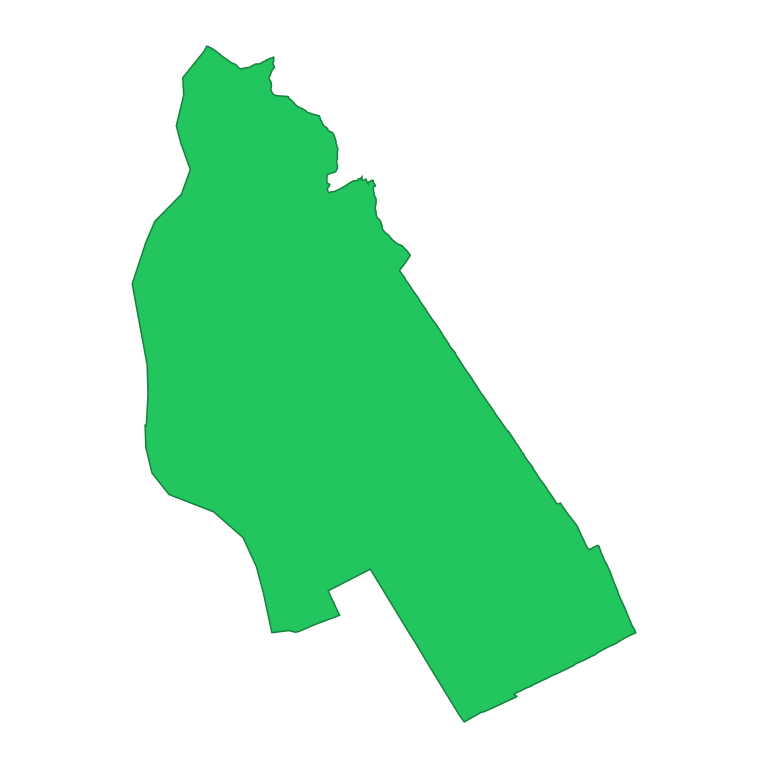 Banesti, Prahova, Romania (Albers equal-area conic projection)
{"feature_id": "2599482B67789430920031", "entity_name": "Banesti", "entity_type": "district", "adm_level": 2, "iso_a3": "ROU", "parent_name": "Romania", "parent_adm1": "Prahova", "projection": "albers", "projection_center": [25.79, 45.09], "detail": "fine", "context": "isolated", "style": "filled", "palette": "green", "viewbox_px": 768, "rotation_deg": 0, "n_neighbors": 0, "source": "geoboundaries", "source_scale": "gbopen_adm2", "svg_char_len": 6007}
<svg xmlns="http://www.w3.org/2000/svg" viewBox="0 0 768 768"><path d="M464.3,721.9L482.0,711.9L482.5,712.2L484.4,711.6L485.9,710.8L486.7,710.6L487.9,710.1L516.8,696.7L516.9,696.4L516.7,696.3L515.2,695.3L514.1,694.3L516.1,693.0L520.6,691.0L522.4,689.9L525.9,688.2L528.6,687.2L530.0,686.6L531.4,685.9L533.0,684.9L539.9,681.6L540.9,681.1L547.4,678.1L550.7,676.3L553.3,675.1L556.8,673.7L562.9,670.7L567.7,668.6L570.0,667.3L573.4,665.6L576.4,663.5L583.6,660.4L590.9,656.7L591.1,656.4L591.7,656.1L593.0,655.8L594.0,655.3L597.4,653.0L600.7,650.9L609.6,646.2L615.8,643.6L616.7,643.0L619.0,641.5L624.3,638.3L627.1,636.8L630.4,635.2L635.8,632.8L635.3,631.3L634.6,629.8L634.0,628.7L632.5,626.4L631.4,624.2L630.4,621.3L629.8,620.3L624.7,607.6L619.3,596.0L618.6,594.3L618.0,592.1L617.3,590.2L616.7,588.6L616.1,587.4L615.1,584.9L612.8,579.2L612.3,578.0L611.6,575.5L609.9,571.1L609.3,570.1L607.5,565.9L606.7,564.3L605.1,561.6L604.5,560.4L601.3,552.8L599.1,546.7L598.8,546.0L598.6,545.8L598.2,545.5L597.8,545.4L597.0,545.6L593.3,547.4L590.5,549.0L590.0,549.2L588.9,549.3L588.3,549.0L587.8,548.4L587.4,547.8L585.7,544.5L584.2,541.3L583.5,539.4L582.7,538.0L581.4,535.4L577.9,527.7L577.0,525.9L576.4,524.9L571.3,518.3L569.3,515.9L562.0,505.7L561.4,504.5L560.5,503.1L558.4,503.7L557.3,503.8L556.9,503.6L556.3,502.9L553.3,498.0L549.2,492.3L547.6,490.0L546.5,487.9L542.2,482.0L540.6,480.0L538.6,477.1L533.2,468.6L533.1,468.2L532.5,466.9L531.8,465.9L529.7,463.3L525.3,457.4L524.5,456.0L524.1,454.9L523.4,453.6L522.5,452.8L522.0,452.2L521.5,451.1L508.3,431.0L507.7,431.5L505.9,428.6L503.7,425.5L495.5,413.9L493.7,410.9L489.0,404.1L486.6,400.9L485.6,399.4L483.7,396.3L481.0,393.0L477.6,387.5L473.1,380.6L471.7,378.2L466.5,370.9L464.8,368.5L462.4,364.7L460.6,362.1L459.8,360.5L458.1,358.0L456.9,356.4L455.8,354.4L454.9,352.3L450.3,346.9L449.7,346.1L448.8,343.9L444.9,338.1L444.2,337.2L443.0,335.1L441.9,333.4L440.8,331.4L439.8,329.9L438.9,328.7L435.8,324.0L431.2,317.8L429.6,315.5L424.9,308.0L423.1,305.7L421.8,303.7L420.2,301.4L418.2,297.9L416.8,295.9L415.8,294.4L413.5,291.4L408.3,283.4L406.4,280.9L404.2,276.9L402.0,274.2L399.5,270.5L405.1,263.2L410.3,255.4L409.9,254.7L407.4,251.3L403.7,247.6L402.7,246.3L401.7,245.6L400.5,245.0L398.5,244.3L397.4,243.7L395.7,242.5L392.5,239.8L391.1,238.4L389.9,237.0L389.4,236.2L388.6,235.2L387.6,234.2L385.9,233.3L385.0,232.4L383.9,231.1L382.6,229.2L382.1,228.3L382.2,226.3L382.0,225.6L380.7,221.9L380.3,220.9L379.6,219.8L378.9,219.1L378.3,218.6L377.5,218.1L377.0,217.3L376.1,214.1L376.0,213.2L376.0,211.3L375.9,210.9L375.3,209.4L375.2,208.7L375.2,207.9L375.4,206.3L375.6,205.7L375.9,204.5L376.0,203.8L376.1,199.1L376.0,198.8L375.8,198.1L374.9,196.7L374.4,195.0L373.8,192.0L373.2,187.6L373.4,186.8L373.5,186.7L375.0,186.3L375.2,186.2L375.3,186.0L375.3,185.8L375.3,185.5L375.2,185.1L374.2,183.7L373.6,182.8L373.4,181.9L373.3,180.6L372.0,180.2L371.5,180.4L370.6,181.1L368.9,181.9L368.3,182.4L368.2,182.6L368.0,183.0L368.0,183.4L367.1,181.9L366.0,179.1L364.0,180.0L362.3,180.3L361.9,180.3L362.1,178.2L362.0,177.0L361.8,177.4L361.2,177.7L360.5,178.5L360.1,178.8L359.6,178.8L358.7,178.8L357.2,180.2L357.1,180.5L356.6,180.7L354.7,180.7L353.6,180.9L351.9,181.6L350.5,182.4L347.3,184.5L345.7,185.8L343.6,186.9L340.4,188.7L334.1,191.6L332.3,191.9L331.3,191.7L329.1,192.6L328.6,192.5L328.2,192.2L328.0,191.7L327.7,190.2L327.5,188.9L327.6,188.6L327.9,187.7L328.3,187.2L329.0,186.2L329.7,185.2L329.8,184.4L329.6,184.1L327.6,183.5L327.3,183.1L327.1,182.7L326.9,181.7L326.9,180.7L327.0,178.2L327.0,176.4L327.0,175.8L327.3,175.1L328.3,174.2L331.8,172.9L332.5,172.9L334.2,172.4L335.1,172.0L335.7,171.6L336.1,170.7L336.6,170.0L337.1,169.1L337.4,167.7L337.6,166.3L337.4,165.0L336.7,163.0L336.6,162.3L336.6,161.7L337.1,159.5L337.5,158.9L337.5,158.4L337.3,156.9L337.3,156.1L337.4,153.6L337.3,153.0L337.5,150.8L337.9,149.1L337.9,148.4L337.6,147.6L337.2,147.2L336.9,146.6L336.8,146.2L336.8,145.2L336.2,144.0L336.1,143.5L336.0,142.7L336.1,141.6L336.0,141.2L335.4,139.6L334.2,135.6L333.8,134.7L333.0,133.3L332.5,132.6L331.5,132.1L329.9,131.5L328.6,130.8L328.1,130.3L327.7,129.6L327.6,128.7L327.4,128.3L326.8,127.8L325.7,127.2L324.9,126.6L323.0,124.5L321.1,120.5L320.6,119.7L320.2,118.7L319.7,116.4L319.5,116.2L318.8,115.8L314.0,114.4L312.8,114.2L311.8,113.9L310.6,113.2L308.8,113.0L307.3,112.2L305.9,110.8L303.5,109.3L301.9,108.4L300.4,107.9L297.7,106.6L297.1,106.2L296.5,105.7L290.7,99.5L290.5,99.3L289.1,98.7L288.6,97.6L288.3,96.7L287.7,96.6L286.9,96.3L286.3,96.3L284.7,96.4L282.7,96.1L278.4,95.9L275.8,95.5L274.9,95.2L273.9,94.5L273.3,94.1L272.6,93.4L272.0,92.4L271.0,90.3L270.9,88.7L271.0,88.0L271.1,87.3L271.6,85.9L271.6,85.6L271.5,85.0L271.2,84.4L271.1,82.7L270.9,81.8L270.5,80.9L270.2,80.4L269.5,79.7L269.2,79.2L269.1,77.9L269.2,77.5L269.4,76.9L269.9,76.0L271.8,71.0L272.7,69.5L273.1,68.6L273.8,68.0L274.4,67.9L274.2,66.4L274.0,65.8L273.2,64.7L272.9,63.9L272.9,63.3L273.1,62.7L273.6,61.3L273.7,60.9L273.8,59.7L273.8,58.3L273.6,57.1L273.0,57.4L272.4,57.9L271.9,58.1L270.9,58.1L269.8,58.4L269.0,58.8L268.3,59.4L267.8,59.6L267.2,59.6L266.7,59.8L266.1,60.3L265.4,60.7L264.7,61.3L263.9,61.6L263.1,61.7L262.2,62.2L261.2,63.2L260.6,63.4L259.5,63.7L259.2,63.9L257.9,64.0L256.4,63.9L255.0,64.3L252.9,65.4L251.9,65.8L250.8,66.5L250.3,67.2L245.0,67.9L241.6,68.8L239.8,68.5L238.9,68.0L237.8,66.9L237.5,66.2L236.1,64.9L234.3,63.9L232.5,63.2L230.5,62.2L230.1,61.8L223.4,57.1L218.4,53.2L216.8,51.7L215.5,50.8L212.8,49.0L210.8,47.9L210.0,47.4L206.8,46.1L203.4,52.3L200.1,56.1L182.8,77.7L183.7,95.2L176.3,125.8L181.1,143.9L190.3,169.5L181.4,194.3L154.8,221.4L145.9,242.2L132.2,283.9L147.2,365.2L148.0,394.7L146.3,425.6L145.1,425.2L145.8,447.3L152.0,473.1L169.0,494.5L213.7,511.9L243.1,537.7L256.3,566.4L263.2,592.1L271.9,632.7L288.6,630.6L295.4,632.2L298.4,631.7L314.1,624.9L339.6,615.3L335.2,606.0L334.1,603.5L332.7,600.4L330.9,597.2L329.4,593.4L328.2,590.8L370.2,569.2L378.6,582.8L408.7,632.2L416.4,644.5L430.0,667.2L451.1,701.8L458.4,713.7L463.8,721.5L464.3,721.9Z" fill="#22c55e" stroke="#15803d" stroke-width="1.5"/></svg>